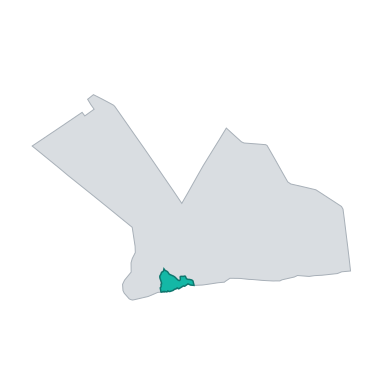 Balqa on a map of Jordan (orthographic projection), rotated 253°
{"feature_id": "JOR-857", "entity_name": "Balqa", "entity_type": "Province", "adm_level": 1, "iso_a3": "JOR", "parent_name": "Jordan", "parent_adm1": "", "projection": "orthographic", "projection_center": [35.66, 31.936], "detail": "fine", "context": "in_parent", "style": "filled", "palette": "teal", "viewbox_px": 384, "rotation_deg": 253, "n_neighbors": 0, "source": "natural_earth", "source_scale": "10m", "svg_char_len": 2298}
<svg xmlns="http://www.w3.org/2000/svg" viewBox="0 0 384 384"><g transform="rotate(253 192 192)"><path d="M118.0,97.2L124.0,98.6L127.4,101.7L133.2,110.4L142.1,113.0L145.8,115.4L150.7,120.1L156.7,121.7L175.7,124.5L190.6,114.5L203.3,106.0L217.5,96.4L227.2,89.8L243.7,78.5L254.6,71.4L268.8,61.9L282.7,52.6L287.1,67.1L291.4,81.3L295.9,95.9L300.3,110.2L296.1,111.7L299.8,122.6L305.2,120.8L311.2,119.3L313.9,126.2L306.0,134.4L297.9,142.4L296.0,143.3L285.3,146.8L263.4,153.9L248.7,158.7L229.8,164.7L214.1,169.6L198.6,174.5L184.1,178.9L192.5,187.9L205.4,201.4L214.0,210.5L224.2,222.1L233.3,232.5L243.1,243.5L236.5,247.4L225.6,253.9L224.5,255.1L223.6,256.2L219.2,267.5L215.7,276.3L214.5,277.4L199.1,280.9L183.5,284.3L173.7,286.5L170.8,288.8L164.5,299.8L157.9,311.1L146.8,320.4L134.5,330.7L131.5,331.4L122.5,329.9L107.2,327.2L92.4,324.6L82.3,322.8L70.1,320.5L71.9,311.9L71.5,307.2L74.4,291.9L76.2,284.7L77.0,279.3L81.3,268.5L80.8,265.0L81.7,252.5L81.3,250.1L83.3,243.3L86.9,233.4L90.4,224.9L91.7,221.1L95.2,213.0L98.4,203.1L96.8,197.7L96.3,196.6L97.6,190.4L99.1,180.2L100.0,174.7L101.9,167.4L105.3,161.3L103.7,146.8L103.9,139.0L106.0,130.0L104.9,119.6L105.9,104.8L106.1,103.4L107.3,101.6L108.2,100.7L115.1,97.6L118.0,97.2Z" fill="#d9dde1" stroke="#a8b0b8" stroke-width="1"/><path d="M102.1,166.6L103.5,163.3L105.3,161.3L104.1,157.7L104.1,157.2L104.7,156.4L103.3,151.1L103.5,150.6L103.9,150.4L104.2,150.3L104.5,150.0L104.5,149.4L104.2,148.7L104.1,148.2L104.1,147.3L104.0,146.5L103.4,145.0L103.3,141.9L103.6,140.8L104.5,140.0L103.9,139.2L104.0,138.4L104.9,136.8L104.6,136.4L104.6,136.0L104.9,135.8L105.3,135.5L105.3,135.0L105.1,134.2L105.3,133.2L105.7,133.1L109.6,133.6L110.5,134.8L111.4,135.1L112.9,135.4L113.0,136.0L113.5,136.2L114.3,136.3L119.1,136.2L120.3,136.4L121.0,136.7L121.7,137.3L122.1,137.9L124.1,139.4L124.5,141.1L124.8,141.5L125.2,141.9L125.6,142.1L126.7,142.7L125.0,143.3L123.3,145.0L122.4,145.5L120.3,146.1L119.5,146.8L116.9,149.8L115.5,150.9L112.3,152.6L111.4,153.3L111.0,154.0L111.2,154.6L111.5,155.1L112.2,155.4L112.9,155.6L114.2,155.8L114.5,156.2L114.6,156.8L113.9,158.8L113.8,159.5L113.7,160.7L112.9,161.1L111.4,161.2L110.7,161.5L110.1,161.9L109.7,162.4L109.1,164.1L108.1,165.8L107.4,166.5L106.6,166.9L102.8,166.7L102.1,166.6Z" fill="#14b8a6" stroke="#0f766e" stroke-width="1.5"/></g></svg>